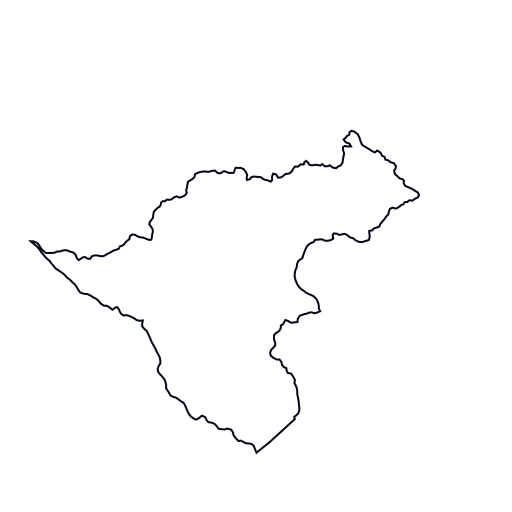 Monte Azul, Minas Gerais, Brazil (Equal Earth projection), rotated 141°
{"feature_id": "56859067B54677813263990", "entity_name": "Monte Azul", "entity_type": "district", "adm_level": 2, "iso_a3": "BRA", "parent_name": "Brazil", "parent_adm1": "Minas Gerais", "projection": "equal_earth", "projection_center": [-42.986, -15.214], "detail": "fine", "context": "isolated", "style": "outline", "palette": "ink", "viewbox_px": 512, "rotation_deg": 141, "n_neighbors": 0, "source": "geoboundaries", "source_scale": "gbopen_adm2", "svg_char_len": 5443}
<svg xmlns="http://www.w3.org/2000/svg" viewBox="0 0 512 512"><g transform="rotate(141 256 256)"><path d="M289.8,356.0L292.3,355.8L293.9,357.3L296.0,357.3L297.8,355.8L299.7,355.0L302.0,355.3L304.7,355.1L307.5,354.7L309.7,352.9L311.9,350.6L315.2,349.7L317.4,349.1L319.0,347.8L319.1,345.0L319.5,341.8L320.9,339.8L323.1,338.1L325.3,335.9L327.1,334.6L328.9,335.7L330.6,338.6L332.3,341.6L334.0,343.1L335.7,345.7L336.8,348.9L339.0,350.8L341.5,350.7L343.9,348.8L346.8,348.9L349.3,348.6L351.6,348.0L353.5,348.3L355.7,349.1L358.2,348.0L360.6,348.8L362.4,349.6L364.5,350.1L367.4,350.5L370.5,351.2L372.9,351.5L375.1,352.1L377.1,354.0L379.2,356.5L381.0,358.0L383.8,359.1L386.7,358.1L388.7,360.2L389.6,363.0L391.5,363.9L393.8,364.1L396.3,364.3L396.6,367.2L395.4,370.6L395.8,373.7L398.1,377.0L399.7,379.9L402.3,381.7L405.4,382.9L407.8,384.7L410.1,385.2L411.9,386.2L414.4,388.2L417.3,390.4L418.3,394.4L418.1,398.8L417.7,402.6L418.4,405.0L419.8,407.5L421.8,409.2L421.1,405.3L420.3,401.5L420.0,397.8L420.5,394.9L420.4,390.6L420.4,387.4L420.0,384.5L419.4,382.0L419.7,379.1L419.5,375.6L419.6,372.5L418.4,368.6L417.3,365.1L416.6,362.1L416.4,357.9L415.4,354.2L415.2,351.3L414.7,348.0L414.8,345.4L415.3,342.4L415.7,338.5L413.6,335.0L411.0,332.6L409.6,329.6L408.4,326.0L407.0,322.9L406.6,320.4L406.6,316.7L405.4,312.9L403.4,311.4L402.2,308.4L401.4,304.5L398.8,304.5L396.2,304.0L396.0,301.4L396.8,298.8L397.2,296.1L396.5,293.1L394.5,292.1L392.3,289.4L390.8,286.3L389.8,284.1L389.2,281.4L387.3,279.0L384.5,277.1L387.0,275.1L388.7,273.0L388.7,269.7L388.1,266.2L389.1,262.5L389.8,259.3L390.7,256.5L391.3,254.2L391.8,251.2L392.5,247.3L393.5,243.8L393.9,241.0L394.6,237.8L396.5,234.4L398.2,232.6L400.8,231.8L403.2,230.3L404.8,228.1L405.1,225.3L404.8,221.8L404.8,217.7L405.8,214.8L407.1,212.1L409.1,209.9L409.6,205.1L410.2,201.2L409.0,198.7L407.3,196.2L406.5,193.5L405.8,190.5L404.7,187.8L405.0,185.0L405.8,182.3L406.5,180.0L407.3,177.1L407.7,173.4L407.0,169.6L405.8,166.7L402.9,166.0L400.9,165.9L398.6,166.0L396.9,163.0L397.7,159.5L397.6,156.8L395.5,154.6L393.9,151.8L393.6,148.9L393.8,145.2L391.7,143.1L389.7,141.0L387.5,140.3L386.0,138.8L384.6,136.6L384.9,133.4L386.2,131.0L386.4,126.7L386.0,123.1L384.0,122.1L382.9,119.6L381.5,116.5L379.2,114.5L377.7,112.8L377.3,109.7L378.5,106.0L379.4,102.8L362.0,102.8L328.5,104.8L327.6,107.0L325.0,106.8L321.9,107.2L319.5,108.8L317.9,110.6L316.4,113.2L314.5,115.9L312.5,119.5L311.0,122.5L309.5,124.3L307.6,127.2L306.7,130.0L306.1,133.1L303.8,135.1L303.0,138.8L302.8,142.6L304.9,145.1L304.3,147.7L303.0,149.8L304.3,152.1L304.3,154.9L303.0,157.5L302.9,160.8L305.0,162.5L306.4,165.4L307.3,169.1L305.9,172.0L303.4,173.4L300.7,173.8L297.7,174.2L295.7,176.4L294.5,179.8L292.2,182.8L290.2,183.5L287.9,183.4L285.2,183.1L282.2,184.3L280.4,186.4L278.2,185.9L275.5,187.0L273.5,187.8L272.1,185.6L270.7,182.0L267.6,180.1L265.3,178.6L263.0,180.9L259.5,182.0L255.7,180.7L253.0,179.3L250.4,178.6L248.2,177.2L246.6,174.7L244.4,173.7L240.9,172.7L240.2,175.7L238.8,177.3L237.3,180.2L236.2,184.0L236.4,187.9L237.5,190.6L239.0,193.3L240.2,196.3L240.9,199.3L241.7,201.7L242.1,204.7L241.7,208.3L240.4,212.6L239.0,215.6L236.9,218.0L234.5,220.1L231.6,221.5L229.0,224.0L226.6,225.4L224.3,225.5L221.5,225.1L218.3,227.2L215.8,228.7L213.0,230.2L210.2,231.5L207.7,231.8L205.3,231.5L202.3,230.6L200.0,231.4L197.5,229.7L194.5,227.7L192.3,223.9L189.7,222.1L187.3,221.1L185.0,220.9L183.3,224.0L181.4,224.6L179.1,222.5L178.1,220.0L175.8,218.9L173.1,217.4L171.9,214.6L171.2,211.3L169.4,208.8L168.7,205.4L167.0,202.1L164.9,200.1L161.7,198.8L158.1,197.4L155.6,199.3L154.0,201.7L152.3,204.2L149.5,202.8L147.1,203.2L144.6,202.3L141.9,201.3L139.0,202.7L135.8,203.3L133.4,203.7L130.2,204.7L127.1,205.0L125.0,206.7L122.3,208.4L119.4,207.6L117.5,204.8L114.8,204.2L111.6,204.2L108.9,203.5L106.5,204.3L104.5,202.8L101.8,202.8L99.5,200.6L96.4,200.4L93.6,199.7L91.1,200.6L90.2,203.5L91.3,206.3L92.2,209.2L94.1,213.1L95.9,216.6L95.4,219.9L93.6,221.3L93.9,223.7L95.5,225.8L95.9,228.8L96.5,232.5L94.8,235.6L92.7,236.0L90.6,237.9L90.5,241.6L92.4,244.1L93.0,247.1L94.8,249.5L93.7,252.3L95.0,254.4L94.2,258.0L95.3,261.6L98.6,261.8L100.0,265.1L101.0,268.3L102.3,271.7L103.6,275.7L102.6,279.2L101.1,282.9L100.3,286.5L101.2,290.5L103.0,293.2L105.4,293.4L107.3,291.5L109.6,292.0L112.0,291.5L114.6,291.4L114.7,287.9L112.7,284.6L113.2,281.4L115.9,283.5L117.8,285.7L119.9,285.8L121.6,283.7L123.0,280.2L125.7,278.0L127.6,276.4L129.8,274.2L133.1,273.1L135.9,273.9L138.6,273.8L140.7,276.4L141.6,280.2L143.6,280.5L146.1,282.4L146.7,285.8L149.0,285.7L151.1,288.3L153.3,290.1L155.5,291.2L157.1,293.3L156.8,295.8L157.2,298.4L159.5,298.4L161.3,297.1L163.7,299.1L167.1,299.0L169.5,301.0L172.4,300.3L174.7,299.3L177.1,299.0L179.5,299.8L181.3,301.1L184.3,301.1L187.2,301.4L189.6,303.1L189.0,306.6L190.8,309.2L193.8,307.5L195.7,304.8L197.7,304.5L199.4,307.6L201.8,310.6L202.6,314.1L204.7,316.2L206.8,318.3L208.4,319.6L210.2,320.1L212.5,319.5L215.2,320.8L213.8,323.0L212.0,324.3L211.1,327.0L210.9,331.2L212.4,334.1L214.1,335.4L216.4,337.4L218.9,336.0L221.0,334.6L222.8,336.0L224.7,337.5L226.0,339.8L227.5,342.2L229.6,342.4L231.7,342.7L233.5,344.4L234.2,348.3L237.0,350.1L239.9,351.2L242.6,353.9L245.0,355.6L246.8,356.5L249.2,357.4L252.0,357.9L254.2,356.1L256.6,355.8L259.5,356.1L262.1,356.5L264.4,354.7L266.8,352.4L268.8,351.2L270.0,348.7L272.4,347.9L274.3,348.0L276.2,348.6L278.7,349.5L280.1,352.3L282.9,353.2L286.0,353.2L288.0,354.1L289.8,356.0Z" fill="none" stroke="#020617" stroke-width="2"/></g></svg>